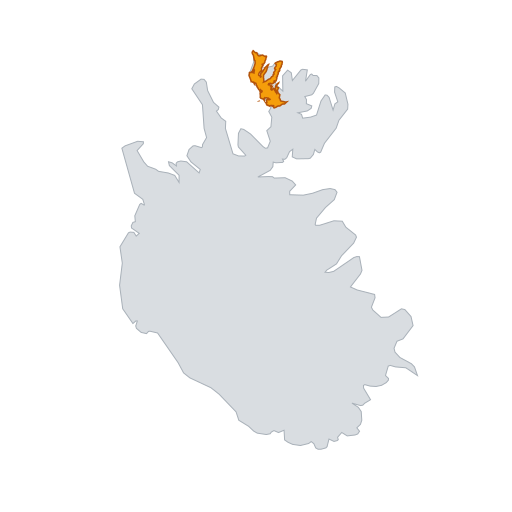 Vesturbyggð, Vestfirðir, Iceland shown in context, rotated 79°
{"feature_id": "244011B84482513465742", "entity_name": "Vesturbyggð", "entity_type": "district", "adm_level": 2, "iso_a3": "ISL", "parent_name": "Iceland", "parent_adm1": "Vestfirðir", "projection": "orthographic", "projection_center": [-23.535, 65.593], "detail": "fine", "context": "in_parent", "style": "filled", "palette": "amber", "viewbox_px": 512, "rotation_deg": 79, "n_neighbors": 0, "source": "geoboundaries", "source_scale": "gbopen_adm2", "svg_char_len": 8985}
<svg xmlns="http://www.w3.org/2000/svg" viewBox="0 0 512 512"><g transform="rotate(79 256 256)"><path d="M372.9,138.1L376.9,137.9L383.1,134.1L391.4,124.0L395.1,121.6L404.2,120.3L394.3,130.3L391.5,140.2L389.0,145.1L389.3,147.2L398.0,151.7L401.5,149.3L403.2,149.8L405.1,152.3L406.9,157.4L407.0,163.0L405.5,168.8L403.0,173.8L403.6,175.2L406.2,175.6L418.9,171.0L421.3,177.5L422.8,179.6L422.8,181.9L418.7,189.9L424.1,184.4L428.8,182.4L437.4,183.5L441.2,185.6L443.9,189.8L447.8,187.8L450.1,190.1L450.6,192.9L450.0,200.8L445.6,205.5L449.5,210.5L452.0,210.3L452.7,211.5L452.9,214.8L449.6,219.3L456.7,222.6L457.7,224.0L458.1,229.0L457.5,232.0L455.8,234.0L451.3,235.0L448.7,237.2L450.1,240.1L450.5,248.6L447.9,256.0L445.0,260.1L442.0,263.0L432.4,261.7L433.6,267.6L430.8,271.7L431.8,274.6L433.2,276.0L433.2,280.0L430.1,288.6L427.4,291.7L421.8,295.7L414.0,304.2L405.2,305.3L384.6,318.6L376.7,325.4L363.0,344.2L356.9,349.4L345.9,352.8L312.8,367.3L309.6,374.4L309.5,375.9L311.3,378.3L309.1,383.3L304.2,387.2L301.7,387.4L297.2,384.9L296.8,386.3L298.8,389.7L282.4,396.9L258.7,395.5L237.5,388.6L221.0,387.8L208.9,376.8L208.5,375.0L209.5,371.4L213.6,369.8L211.5,366.3L204.8,372.8L202.6,372.7L199.5,370.4L199.3,367.9L193.4,367.3L183.2,360.3L182.4,358.7L184.7,356.1L184.2,355.7L178.8,356.3L171.2,363.3L124.6,367.1L122.9,363.5L120.8,350.3L122.4,344.7L124.3,345.2L129.8,352.6L142.2,348.2L147.2,345.3L151.7,337.9L154.3,335.5L157.8,326.2L161.4,320.4L169.1,317.5L162.1,316.1L150.7,323.8L146.8,323.9L148.5,320.6L152.4,316.9L149.7,316.7L148.6,315.1L148.4,311.7L150.3,306.1L163.6,296.0L160.4,294.2L151.2,301.9L144.4,304.7L138.7,301.4L135.9,296.8L136.1,294.8L139.2,288.9L138.7,287.8L136.4,287.2L130.3,281.9L120.8,282.6L97.3,279.7L79.6,287.1L75.4,283.7L71.9,276.2L72.7,273.3L75.8,271.6L84.4,271.9L97.1,268.4L102.8,264.0L105.1,265.1L106.2,267.2L113.9,263.8L118.0,260.0L125.0,261.7L151.3,259.1L154.5,254.0L155.7,248.0L155.1,246.8L145.6,252.5L143.4,252.5L132.2,249.8L128.2,246.6L129.4,243.9L135.2,238.1L149.9,228.3L152.0,226.3L152.1,224.0L146.1,220.1L135.0,221.5L132.0,216.7L122.7,214.0L116.6,215.9L113.3,213.0L76.9,228.3L65.1,221.2L56.7,219.9L56.0,217.7L61.0,211.1L64.4,210.0L67.7,210.6L74.1,215.3L78.6,216.8L73.0,209.9L72.8,203.4L71.1,201.6L69.5,197.3L70.2,195.8L76.8,196.8L87.4,204.4L92.6,203.1L99.3,198.2L84.2,195.5L79.6,189.5L82.9,186.4L90.7,186.8L82.0,176.5L81.6,174.7L83.1,170.1L93.9,174.1L88.2,168.0L88.0,166.6L89.7,165.5L90.5,161.8L93.2,160.3L98.7,161.5L107.2,168.6L108.4,170.5L108.8,177.7L112.1,176.6L116.1,177.5L119.3,172.6L121.6,173.7L123.4,178.0L123.4,187.6L125.6,184.3L129.6,183.9L130.1,176.0L129.2,169.7L116.2,162.6L111.1,157.4L111.7,155.6L114.2,154.0L127.5,152.5L121.7,149.5L120.3,146.3L110.2,147.6L105.1,146.4L104.9,144.7L106.9,142.3L113.0,137.3L124.6,136.8L129.3,138.0L138.6,148.7L145.8,152.9L158.4,167.3L166.4,172.7L166.8,174.1L165.6,175.8L162.6,177.9L167.3,180.3L170.3,184.0L170.5,185.7L168.4,197.6L165.6,201.5L158.2,199.5L160.0,203.2L165.4,207.1L166.6,209.3L165.9,211.5L168.4,210.8L169.2,212.0L168.3,218.7L167.1,221.2L171.5,222.4L174.6,225.7L178.8,239.1L180.4,228.6L181.3,224.7L183.0,223.2L184.7,212.5L189.4,206.1L193.8,203.5L198.9,210.6L202.3,211.2L205.3,198.0L205.2,188.5L203.6,178.0L203.9,170.4L205.9,165.8L208.9,164.3L215.6,168.4L221.6,178.5L230.4,189.4L236.3,191.9L237.3,191.5L238.0,187.7L236.3,172.8L238.3,164.7L244.9,162.3L254.4,154.2L256.7,153.8L262.0,157.7L272.1,172.0L279.1,178.5L283.4,189.3L285.1,191.3L286.1,187.7L285.9,182.7L276.2,160.3L275.8,157.2L276.4,154.6L290.3,154.7L293.6,156.9L304.4,169.2L308.6,163.3L316.4,146.9L319.7,147.1L328.3,152.5L331.4,151.6L340.1,145.0L341.2,137.5L335.6,123.3L337.0,120.1L345.0,115.4L354.3,115.1L365.4,127.5L366.6,133.9L372.9,138.1Z" fill="#d9dde1" stroke="#a8b0b8" stroke-width="1"/><path d="M90.4,200.8L91.0,202.3L92.1,203.3L92.1,203.7L92.2,203.9L93.0,204.0L93.4,204.5L95.8,205.2L97.5,204.6L98.5,204.8L99.1,204.4L99.9,204.3L100.4,204.6L99.4,205.0L98.6,205.6L97.4,205.6L96.8,206.2L95.0,206.5L94.7,206.7L95.1,207.5L95.6,208.1L95.5,208.3L96.1,208.6L96.0,209.1L95.3,209.6L94.7,209.5L93.1,207.9L92.6,207.6L92.6,207.8L92.8,208.5L92.8,209.2L92.6,209.4L91.7,208.4L91.7,208.0L91.4,208.6L90.8,209.7L90.6,210.3L90.6,210.7L90.2,211.2L89.2,210.6L89.4,209.6L89.1,209.3L89.1,209.0L90.1,207.4L90.0,207.2L89.6,205.9L89.4,205.9L89.2,205.6L89.0,204.3L88.6,204.2L87.9,204.9L87.6,204.7L87.7,204.2L88.1,203.8L88.0,203.2L87.9,202.9L85.7,201.7L84.4,201.8L84.3,201.4L84.9,201.7L85.1,201.6L84.2,201.2L83.5,200.6L82.7,200.6L82.3,200.0L81.2,199.3L80.2,199.3L80.5,199.5L80.2,199.3L79.2,198.0L78.4,197.3L76.7,197.1L76.5,196.6L75.3,195.6L75.3,195.4L74.9,195.0L74.1,194.9L73.2,194.4L73.0,194.0L71.4,193.5L70.9,193.2L70.0,193.2L69.6,194.0L69.5,194.4L69.2,195.1L69.2,195.6L69.6,197.1L69.5,197.5L69.9,199.0L70.2,200.1L70.5,200.5L70.7,200.4L72.0,199.5L72.4,199.8L73.2,199.8L74.0,200.6L74.3,201.1L74.9,201.7L75.6,202.0L75.9,202.0L76.3,201.3L76.8,201.1L77.3,201.7L78.2,202.3L79.1,203.6L80.8,203.5L81.0,204.5L81.6,204.5L82.8,205.3L83.0,206.4L84.4,207.9L84.8,208.7L84.8,209.5L85.0,210.2L85.7,211.6L85.8,212.0L86.1,212.5L86.4,213.5L86.7,215.4L86.0,214.9L84.4,214.8L83.6,214.6L82.5,214.7L79.7,214.0L76.9,210.9L75.2,209.8L74.1,209.4L73.0,208.6L71.4,208.1L70.8,207.3L70.4,207.1L70.5,207.5L71.1,208.6L71.7,209.3L72.7,211.0L73.0,211.3L73.1,211.8L73.1,211.4L73.3,211.5L73.2,211.6L73.2,211.8L73.6,211.6L74.0,211.9L74.8,213.1L75.2,213.2L77.3,215.6L77.5,216.2L77.8,216.5L79.1,216.9L79.7,217.3L80.8,216.8L81.1,217.0L81.2,217.5L80.1,217.7L79.4,218.3L79.4,218.6L79.1,218.9L78.6,218.9L77.3,218.3L76.4,217.4L75.4,216.1L75.3,215.9L75.4,215.7L75.7,215.4L75.4,215.0L72.9,214.9L72.2,214.6L70.1,212.8L69.3,213.4L69.2,213.4L69.3,212.9L69.6,213.1L68.9,212.5L68.8,212.4L68.9,212.1L68.8,211.8L67.7,210.5L66.1,209.9L65.1,209.0L64.0,208.6L63.1,208.2L62.7,207.8L62.0,207.6L61.7,207.8L61.6,208.2L61.8,208.7L61.8,209.0L61.6,209.2L61.6,209.5L61.0,210.1L60.6,210.4L59.9,211.5L60.1,212.0L60.0,212.6L60.0,213.2L60.3,213.8L60.2,214.7L60.0,215.2L58.7,216.1L56.9,216.3L56.4,216.9L56.5,217.4L56.4,217.7L55.3,218.7L54.7,219.0L54.5,219.3L54.1,219.4L53.9,219.6L55.1,220.8L55.8,221.0L56.9,220.9L58.3,220.3L63.6,220.2L63.9,220.0L64.0,219.7L66.6,220.0L69.9,221.7L73.0,223.8L73.4,223.7L72.9,223.5L71.4,222.4L72.6,222.8L72.9,222.2L73.2,222.1L74.5,222.6L74.7,222.8L75.2,222.8L75.3,222.9L75.2,223.2L75.5,223.2L75.3,223.4L74.8,223.4L75.0,223.7L75.2,224.1L75.4,224.1L75.0,224.8L74.9,224.8L74.9,225.1L73.6,224.0L73.8,224.5L74.9,225.7L74.8,225.9L74.8,226.2L74.5,227.1L75.0,227.7L76.0,227.7L76.2,227.9L77.6,228.4L81.2,227.7L83.0,227.5L83.6,227.4L83.9,227.5L84.0,227.0L84.7,226.3L84.7,226.1L84.7,225.9L84.8,225.6L84.8,225.2L85.0,224.9L86.0,224.3L86.2,223.3L87.1,223.0L88.6,223.1L89.2,222.6L90.2,222.6L91.7,221.9L93.0,221.6L93.9,220.7L95.6,220.6L95.9,220.3L94.8,219.7L94.1,219.6L94.8,219.1L94.7,219.1L94.9,218.7L95.4,218.6L95.7,219.3L95.9,219.4L95.7,219.6L95.9,219.7L95.6,219.9L96.1,219.7L96.4,220.3L96.4,220.6L96.9,220.9L99.8,221.2L101.1,221.6L101.8,221.3L102.1,221.1L102.2,220.8L103.0,219.8L103.0,219.7L103.1,219.3L103.2,218.9L103.1,218.3L102.7,217.8L102.7,217.6L102.9,217.6L102.6,217.4L102.8,217.3L102.6,217.1L102.6,216.9L102.7,216.6L102.5,216.0L102.8,215.6L102.7,215.4L102.8,215.1L103.3,214.7L103.2,214.3L103.4,213.9L103.5,213.8L103.5,213.6L104.1,213.3L104.6,212.5L104.8,212.5L104.7,212.8L104.9,212.6L105.0,212.9L104.9,213.1L105.1,213.0L104.7,213.4L104.4,213.5L104.6,213.6L104.4,213.8L104.6,213.8L104.6,214.0L104.4,214.1L104.6,214.1L104.4,214.3L104.5,214.4L104.6,214.6L104.7,215.1L104.7,215.7L104.8,215.8L104.5,216.1L105.0,215.8L106.4,216.1L107.1,215.9L107.3,216.0L107.6,216.4L107.5,216.5L108.0,216.9L109.5,216.4L109.8,216.5L110.5,215.4L110.6,215.2L111.0,214.7L110.8,214.7L111.2,214.1L111.1,213.2L111.4,212.7L111.2,212.6L111.1,212.4L111.4,211.9L111.5,211.8L111.3,211.7L111.6,210.8L111.6,210.5L111.8,210.4L111.7,210.4L111.8,210.0L112.1,210.0L112.1,210.6L112.1,210.8L112.2,211.0L112.8,210.5L114.1,210.0L114.1,209.7L113.9,209.0L113.9,208.2L113.5,207.4L113.2,207.0L113.3,206.5L112.9,205.7L113.0,205.1L113.2,204.9L113.2,203.8L111.9,201.2L112.2,199.0L110.6,196.4L110.6,197.0L110.4,198.1L109.6,199.5L109.6,199.8L108.6,202.0L108.1,202.3L106.7,202.4L105.2,203.0L102.2,201.8L101.6,202.3L100.6,202.8L100.1,203.2L97.6,203.4L95.1,201.8L93.7,203.7L93.2,203.7L92.1,202.6L91.5,202.2L90.9,201.1L90.4,200.8ZM105.2,218.1L104.8,218.0L104.7,218.3L105.2,218.1ZM86.3,224.9L86.7,224.8L86.5,224.7L86.3,224.9ZM107.1,217.4L107.3,217.2L106.9,217.5L107.1,217.4ZM107.9,216.9L107.7,216.9L107.6,217.0L107.9,216.9ZM104.7,223.1L104.4,223.2L104.8,223.1L104.7,223.1ZM104.1,223.5L104.3,223.5L104.4,223.4L104.1,223.5ZM88.5,223.2L88.9,223.0L88.4,223.2L88.5,223.2ZM86.3,224.3L86.5,224.2L86.3,224.3ZM104.7,224.5L104.4,224.4L104.6,224.5L104.7,224.5ZM90.1,222.7L90.3,222.6L90.1,222.7ZM106.3,216.3L106.6,216.1L106.3,216.3ZM109.1,216.8L109.3,216.7L109.1,216.8ZM110.7,215.5L110.9,215.4L111.0,215.4L110.7,215.5ZM106.8,217.4L106.6,217.4L106.8,217.4ZM108.6,217.1L108.8,217.0L108.6,217.1ZM108.6,216.9L108.8,216.8L108.6,216.9Z" fill="#f59e0b" stroke="#b45309" stroke-width="1.5"/></g></svg>